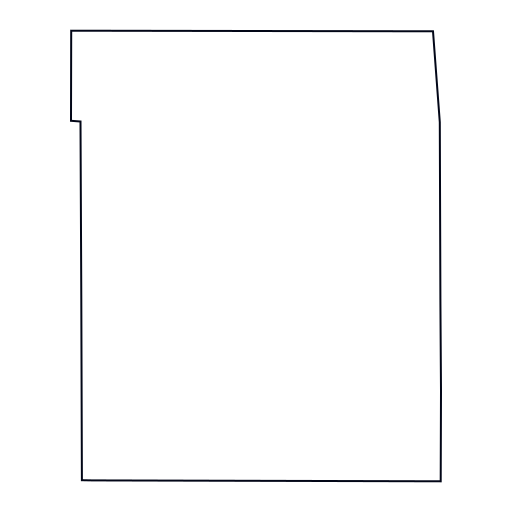 the district of Lyon, Minnesota, United States of America
{"feature_id": "52423323B64870034285925", "entity_name": "Lyon", "entity_type": "district", "adm_level": 2, "iso_a3": "USA", "parent_name": "United States of America", "parent_adm1": "Minnesota", "projection": "mercator", "projection_center": [-95.88, 44.413], "detail": "fine", "context": "isolated", "style": "outline", "palette": "ink", "viewbox_px": 512, "rotation_deg": 0, "n_neighbors": 0, "source": "geoboundaries", "source_scale": "gbopen_adm2", "svg_char_len": 261}
<svg xmlns="http://www.w3.org/2000/svg" viewBox="0 0 512 512"><path d="M71.2,30.7L71.0,120.8L80.5,121.5L81.3,299.4L81.9,480.2L92.8,480.4L440.7,481.3L441.0,391.0L440.4,300.6L439.8,122.3L433.0,31.3L71.2,30.7Z" fill="none" stroke="#020617" stroke-width="2"/></svg>